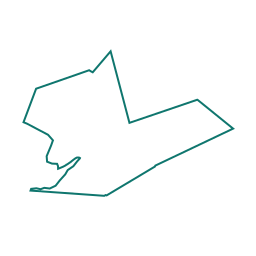 the district of Beausejour/Myers Bridge, Soufrière, Saint Lucia, rotated 7°
{"feature_id": "8701671B90029568380485", "entity_name": "Beausejour/Myers Bridge", "entity_type": "district", "adm_level": 2, "iso_a3": "LCA", "parent_name": "Saint Lucia", "parent_adm1": "Soufrière", "projection": "robinson", "projection_center": [-61.036, 13.822], "detail": "fine", "context": "isolated", "style": "outline", "palette": "teal", "viewbox_px": 256, "rotation_deg": 7, "n_neighbors": 0, "source": "geoboundaries", "source_scale": "gbopen_adm2", "svg_char_len": 806}
<svg xmlns="http://www.w3.org/2000/svg" viewBox="0 0 256 256"><g transform="rotate(7 128 128)"><path d="M39.3,200.2L38.9,202.0L112.7,198.2L113.9,197.3L115.0,197.5L116.8,196.1L159.4,163.0L159.7,162.0L232.4,115.8L193.8,91.7L193.3,91.5L128.8,122.7L101.4,54.0L86.2,77.0L84.3,76.3L82.4,75.4L32.6,99.9L32.0,100.2L23.6,135.0L27.2,136.0L49.5,144.5L55.0,149.4L53.8,154.8L50.7,165.9L51.8,171.3L56.9,172.6L62.0,172.2L63.2,174.4L63.6,177.0L63.8,176.9L65.9,175.7L68.5,174.2L70.9,172.5L71.3,171.9L72.0,171.6L74.0,169.8L75.6,168.4L76.0,167.9L77.5,166.4L77.8,166.1L79.5,164.5L81.0,163.5L82.9,163.3L83.6,163.5L84.0,163.7L83.9,164.1L81.6,167.3L78.4,172.6L76.8,174.0L73.3,177.1L71.4,181.6L66.7,188.3L63.2,194.1L57.7,197.6L52.2,197.6L48.7,199.4L44.4,199.0L39.3,200.2Z" fill="none" stroke="#0f766e" stroke-width="2"/></g></svg>